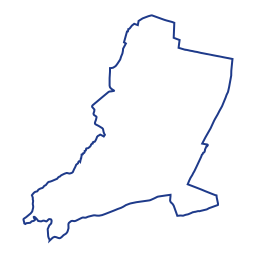 outline of Miguel Hidalgo, Distrito Federal, Mexico
{"feature_id": "50627088B27674873291342", "entity_name": "Miguel Hidalgo", "entity_type": "district", "adm_level": 2, "iso_a3": "MEX", "parent_name": "Mexico", "parent_adm1": "Distrito Federal", "projection": "natural_earth1", "projection_center": [-99.216, 19.43], "detail": "fine", "context": "isolated", "style": "outline", "palette": "blue", "viewbox_px": 256, "rotation_deg": 0, "n_neighbors": 0, "source": "geoboundaries", "source_scale": "gbopen_adm2", "svg_char_len": 5677}
<svg xmlns="http://www.w3.org/2000/svg" viewBox="0 0 256 256"><path d="M138.6,20.9L137.8,25.1L134.2,23.8L131.9,25.6L130.1,27.9L129.6,28.5L128.6,29.2L128.3,29.2L128.1,30.7L127.9,31.4L127.8,31.5L127.4,31.5L127.0,31.5L124.0,42.3L125.9,43.5L123.1,48.7L122.9,51.0L122.4,53.5L121.1,56.6L120.2,59.5L118.0,62.9L116.9,64.5L115.6,66.1L114.4,66.9L113.1,67.7L111.6,68.0L110.4,68.1L110.0,68.1L110.0,71.6L109.6,78.2L109.6,85.6L109.8,86.5L109.9,87.0L110.2,87.5L110.9,88.4L111.6,89.0L113.6,90.3L113.8,90.4L114.0,90.7L113.9,90.9L112.8,91.1L111.0,91.4L109.6,91.5L108.6,91.9L107.9,92.5L105.6,94.4L102.1,97.3L92.8,105.1L92.3,105.7L92.2,106.0L92.1,106.5L92.2,107.0L94.4,109.5L94.3,111.1L93.5,113.6L93.6,114.0L93.7,114.4L93.9,114.8L94.2,115.1L96.0,116.3L96.3,116.7L96.5,116.9L96.5,117.2L96.5,117.5L95.9,120.0L95.4,121.3L95.1,122.2L94.9,123.0L95.0,123.4L95.0,123.7L95.2,123.9L95.7,124.4L98.6,125.9L102.2,128.1L102.5,128.4L102.7,128.6L102.9,128.9L103.0,129.2L103.1,129.5L103.6,132.0L104.0,133.1L104.3,134.0L104.8,134.5L104.9,134.8L104.8,135.0L104.3,135.6L104.1,135.9L103.9,136.4L103.8,136.5L101.7,135.3L100.2,134.6L99.3,135.2L98.0,135.9L97.5,136.4L97.1,136.8L96.7,137.9L96.1,139.4L95.3,140.9L95.1,141.2L94.6,141.8L94.2,141.9L93.5,141.9L93.1,142.1L92.8,142.4L92.8,143.1L92.8,143.5L92.7,143.6L91.8,143.8L91.5,144.1L91.4,144.3L91.0,144.7L90.9,145.2L90.6,145.9L90.4,146.1L89.9,146.6L89.5,147.2L88.8,147.5L88.6,147.8L87.9,148.2L87.3,148.3L86.9,148.4L86.4,148.4L86.3,148.5L86.2,148.7L86.1,148.9L86.0,149.6L85.8,150.4L85.5,150.7L85.3,150.8L84.7,151.0L84.7,151.3L84.6,152.1L84.5,152.5L84.2,152.9L83.5,153.2L83.0,153.4L82.9,154.0L82.8,154.3L82.7,154.4L82.4,154.5L81.8,154.4L81.6,154.5L81.6,154.8L81.6,155.4L81.6,155.7L81.4,156.5L81.4,157.1L81.3,157.3L81.2,157.6L81.1,158.5L80.8,158.6L80.7,159.4L80.2,161.7L79.9,161.3L79.6,161.2L79.3,161.2L78.8,161.4L78.6,161.7L78.3,162.2L78.0,163.3L76.2,164.7L76.0,165.2L75.8,165.7L75.2,167.1L74.0,169.4L73.0,171.7L72.8,172.1L72.2,172.6L71.5,173.0L69.8,173.5L69.3,173.5L68.7,173.4L67.1,173.0L66.5,173.0L66.0,173.2L64.5,173.7L61.2,175.3L59.8,176.6L59.0,176.8L58.3,177.3L57.1,178.8L55.4,179.5L51.9,181.0L49.9,181.7L49.0,181.8L48.2,182.2L47.8,182.6L47.4,183.1L46.8,183.8L46.3,184.5L45.8,185.1L44.4,185.8L43.8,186.4L43.3,187.2L42.5,187.9L40.9,188.4L39.7,188.9L38.4,189.7L37.3,191.3L35.1,191.9L34.0,192.7L33.0,193.8L31.9,195.2L32.4,196.5L32.8,197.8L32.8,198.5L32.8,199.3L32.8,199.6L33.1,200.5L33.1,201.5L32.9,202.7L32.8,203.5L32.8,204.3L33.1,205.7L33.2,206.7L33.1,207.9L32.2,211.5L30.7,213.4L26.1,217.2L24.3,218.4L23.9,218.7L23.7,218.9L23.5,219.2L23.5,219.6L23.7,220.7L24.1,222.0L24.3,223.2L24.3,223.4L24.5,223.6L25.2,223.9L25.4,224.0L25.6,223.9L26.1,223.3L26.3,223.2L30.0,222.8L30.3,222.7L31.3,221.7L31.5,221.5L31.8,221.3L32.2,221.2L33.0,221.1L33.5,220.9L34.0,220.7L34.6,220.2L34.9,220.0L35.0,219.7L35.0,219.3L34.9,219.2L34.0,218.0L33.9,217.7L33.8,217.4L33.8,217.1L33.8,216.9L34.0,216.8L34.5,216.9L35.2,217.4L36.0,218.2L37.5,219.9L37.9,220.6L38.1,220.9L38.3,221.0L39.0,221.1L40.4,221.3L41.3,221.3L41.7,221.2L42.6,220.8L43.2,220.7L44.1,220.7L44.8,220.9L45.4,221.1L46.2,221.4L46.6,221.3L46.9,221.1L48.5,219.5L48.9,219.2L49.3,219.1L49.7,219.1L50.6,219.3L51.0,219.4L51.4,220.0L51.6,220.7L51.6,221.1L51.5,222.0L51.2,223.4L50.7,224.0L49.5,225.2L49.3,225.4L48.7,226.8L48.1,228.2L47.8,228.8L47.7,229.2L48.2,236.2L48.3,236.7L48.9,238.5L49.4,239.2L49.6,239.7L49.7,240.1L49.6,240.6L52.7,237.7L53.3,237.4L54.4,236.9L55.0,236.9L56.0,237.1L58.4,238.0L59.4,238.2L59.9,238.1L60.5,237.9L61.7,237.0L63.3,235.4L63.8,235.0L65.3,234.1L65.9,233.7L66.5,233.1L67.0,232.4L67.4,231.8L67.6,231.3L68.5,228.3L68.5,227.5L68.4,224.3L68.5,223.8L68.7,223.3L68.9,222.9L70.6,221.5L71.0,221.2L71.5,221.0L72.0,220.9L72.6,220.9L74.0,221.1L74.5,221.1L75.0,221.0L75.5,220.9L76.2,220.6L81.9,217.8L82.5,217.6L83.2,217.5L84.8,217.7L85.3,217.7L85.8,217.6L86.2,217.5L88.1,216.7L92.1,215.7L93.9,215.3L94.7,215.3L96.7,215.6L99.0,215.7L102.1,215.1L105.4,213.9L114.1,210.5L118.0,208.9L121.1,207.8L121.9,207.4L123.3,206.7L125.1,205.6L125.9,205.1L129.6,203.7L130.6,203.4L136.4,202.2L143.5,201.2L149.3,200.4L150.4,200.1L151.3,199.7L154.4,198.3L157.2,196.9L157.7,196.7L158.7,196.5L163.4,195.8L165.4,195.5L170.5,194.8L170.5,196.1L170.1,200.2L170.2,200.9L170.4,201.5L170.6,201.9L171.1,202.6L172.5,203.8L172.7,204.2L173.5,205.3L173.9,206.2L175.4,210.4L176.2,212.6L177.3,215.8L178.5,215.7L180.5,215.5L182.9,215.7L183.1,215.7L185.7,214.8L187.2,214.5L188.1,214.3L191.7,212.8L192.2,212.5L192.5,212.3L193.3,212.2L194.4,211.9L195.0,211.9L198.1,211.1L199.4,211.2L206.8,209.4L209.0,208.2L217.9,205.0L218.0,204.6L218.0,203.9L218.0,203.6L217.2,199.8L216.7,197.4L216.5,195.4L215.2,195.1L213.1,194.3L205.3,191.2L201.5,189.6L197.4,188.0L191.7,185.8L187.7,184.3L189.3,180.4L190.6,177.7L191.5,176.3L192.4,174.8L193.5,172.6L194.1,171.7L195.9,168.0L197.6,164.4L201.2,156.7L201.6,155.6L201.9,154.7L202.5,154.3L203.2,152.8L203.6,152.6L203.9,152.5L204.1,152.3L204.6,151.7L204.7,151.4L204.9,150.4L205.0,150.2L205.0,149.8L205.0,149.6L205.2,149.1L206.5,146.2L206.8,145.9L207.0,145.8L207.3,146.0L207.8,145.1L207.7,144.8L207.5,144.6L206.5,144.3L205.9,144.3L205.3,144.2L202.2,143.6L205.3,137.6L210.6,128.3L214.0,120.9L215.0,119.0L217.6,114.5L219.5,110.8L221.4,107.4L222.1,106.1L225.6,97.6L226.6,94.8L227.7,92.6L228.0,91.9L228.1,91.5L229.1,87.1L231.2,75.6L231.3,70.8L231.5,68.7L232.3,60.6L232.5,59.0L202.6,53.2L201.4,53.0L199.7,52.6L197.2,52.0L194.7,51.6L192.6,51.1L190.2,50.7L188.1,50.2L185.5,49.7L185.3,49.8L178.6,47.8L179.1,43.7L179.6,40.0L177.1,39.1L173.7,37.8L174.3,22.8L172.2,22.0L166.2,20.4L164.0,19.7L159.0,17.9L154.0,16.1L152.0,15.4L151.3,15.4L148.4,16.2L146.0,17.1L142.6,18.4L139.3,20.5L138.6,20.9Z" fill="none" stroke="#1e3a8a" stroke-width="2"/></svg>